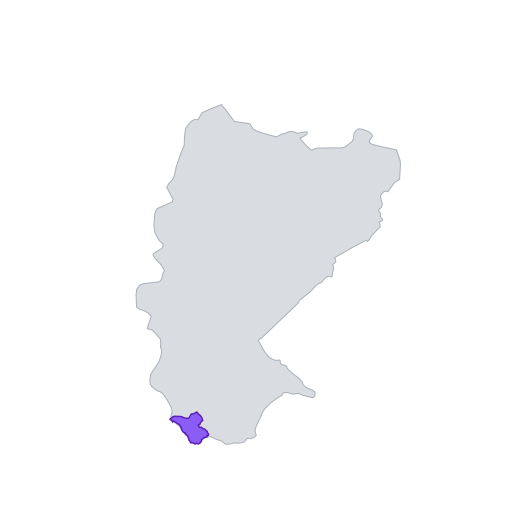 Léraba highlighted on a map of Burkina Faso, rotated 317°
{"feature_id": "BFA-2835", "entity_name": "Léraba", "entity_type": "Province", "adm_level": 1, "iso_a3": "BFA", "parent_name": "Burkina Faso", "parent_adm1": "", "projection": "robinson", "projection_center": [-5.276, 10.67], "detail": "fine", "context": "in_parent", "style": "filled", "palette": "violet", "viewbox_px": 512, "rotation_deg": 317, "n_neighbors": 0, "source": "natural_earth", "source_scale": "10m", "svg_char_len": 4493}
<svg xmlns="http://www.w3.org/2000/svg" viewBox="0 0 512 512"><g transform="rotate(317 256 256)"><path d="M365.5,319.4L354.1,320.0L349.9,321.4L347.4,321.4L347.3,320.2L347.0,319.5L332.6,315.6L322.5,313.3L312.3,310.7L311.7,313.1L310.3,314.7L308.0,314.8L306.5,314.4L305.5,316.3L303.8,318.7L301.4,319.9L299.1,321.4L297.8,322.8L296.9,322.8L294.5,319.7L291.4,319.3L285.6,319.9L283.0,319.0L279.4,318.6L271.0,319.2L257.5,318.0L255.3,318.7L254.7,319.2L241.4,319.4L226.7,319.5L214.4,319.7L203.7,319.8L203.7,319.3L200.2,319.2L199.9,320.2L196.8,332.8L196.5,339.7L198.1,343.9L200.0,346.6L202.0,347.7L202.2,349.3L200.6,351.2L200.7,353.3L202.7,355.3L203.1,357.5L202.2,359.8L202.4,365.3L203.9,374.1L203.9,379.8L202.6,382.4L203.2,386.8L205.9,393.0L206.3,395.7L205.4,396.9L203.2,398.6L201.0,398.5L198.4,394.7L197.2,393.0L195.1,389.2L193.3,385.3L190.9,383.6L188.6,382.0L185.7,377.1L182.9,374.8L180.0,375.5L175.7,374.6L167.0,373.4L157.7,373.7L153.9,374.8L150.1,376.6L140.4,380.5L136.6,382.5L133.7,387.4L130.5,387.3L127.2,385.7L125.1,383.5L120.7,384.0L116.5,381.8L112.3,377.6L109.3,376.2L105.4,373.1L104.4,367.2L101.9,363.1L99.7,357.4L96.3,354.8L92.5,353.4L87.2,353.7L83.7,351.4L80.9,348.1L81.6,345.2L82.9,341.0L83.0,337.1L83.9,330.6L83.3,322.6L82.4,317.0L85.3,314.6L88.7,312.5L90.8,308.7L93.0,300.2L93.9,292.8L93.3,290.0L92.1,287.8L91.2,284.6L90.7,280.8L91.3,277.4L93.9,274.2L97.1,271.6L99.4,270.3L105.5,269.0L113.0,267.1L117.4,264.8L120.6,262.6L122.4,260.9L124.2,257.3L127.1,254.5L129.4,251.6L129.7,243.8L129.6,239.3L128.0,236.9L127.0,234.8L138.2,228.6L138.3,224.3L136.8,219.5L134.6,215.6L133.7,212.2L136.8,208.3L139.6,205.3L141.6,202.8L146.0,199.0L150.6,198.0L154.7,199.4L167.0,208.4L169.1,209.0L171.7,208.3L174.9,205.9L179.1,204.1L180.6,198.0L180.5,189.1L181.4,185.0L183.6,184.3L190.7,186.0L192.5,186.1L194.6,185.5L196.1,184.0L196.0,181.1L195.7,178.6L197.9,170.3L202.1,164.1L210.6,156.3L213.2,154.8L216.3,154.0L231.5,159.3L234.0,158.0L237.6,144.8L241.8,143.5L246.7,143.3L249.9,142.2L251.6,141.2L258.8,136.2L271.5,129.4L278.3,126.5L279.7,125.4L284.5,120.5L291.0,115.0L295.2,113.9L300.9,113.4L304.5,114.4L305.5,115.9L306.7,116.7L314.2,114.4L324.9,118.1L334.2,121.8L333.6,124.2L333.6,128.3L332.8,134.9L331.9,142.7L335.8,147.8L340.4,153.3L341.7,155.4L340.5,160.8L341.3,164.0L343.8,169.2L347.9,175.9L352.2,182.8L355.1,183.7L357.9,184.2L359.6,185.5L362.1,186.6L364.6,187.4L366.8,188.9L368.1,190.4L369.9,194.6L374.7,197.4L378.1,200.2L376.7,201.6L372.6,201.1L368.7,199.8L368.2,201.9L368.0,209.6L368.7,216.1L369.6,217.0L373.6,218.2L383.0,226.6L391.5,234.6L394.4,236.6L399.1,237.4L404.3,237.7L406.6,237.0L411.7,233.0L414.4,232.6L416.9,232.7L418.2,233.3L420.7,236.6L423.0,241.5L423.7,245.2L423.5,247.1L422.7,247.9L418.5,248.8L416.7,249.6L416.3,250.6L417.0,253.1L417.8,254.7L422.4,261.8L429.1,271.4L431.1,273.9L430.0,276.7L426.7,284.2L424.2,287.4L413.2,298.0L407.7,296.7L396.3,298.9L394.6,296.5L392.0,296.1L388.7,296.6L387.5,297.5L387.1,298.5L385.9,300.0L383.9,304.2L382.2,305.3L380.2,305.9L377.7,305.9L376.3,306.4L376.3,308.5L375.8,310.3L374.2,311.2L373.5,313.3L373.6,315.3L372.6,316.2L370.5,315.7L369.2,315.1L368.0,317.7L366.6,319.5L365.5,319.4Z" fill="#d9dde1" stroke="#a8b0b8" stroke-width="1"/><path d="M87.9,354.6L87.0,354.6L86.3,354.4L85.7,354.0L85.2,353.6L85.0,353.3L84.9,352.8L84.7,352.4L84.4,352.2L84.0,352.2L83.7,352.1L83.1,351.9L83.0,351.0L82.5,349.7L81.7,348.6L80.9,348.1L81.2,347.4L81.5,344.8L81.7,344.4L82.8,342.5L83.4,339.9L83.2,339.4L82.9,339.1L82.9,338.3L83.3,337.5L83.7,337.0L83.0,336.7L83.0,336.3L82.7,335.5L82.7,335.0L83.1,332.3L83.4,331.6L83.7,331.2L84.0,331.0L84.3,330.8L84.4,330.3L84.4,329.9L85.0,326.9L84.8,326.3L84.3,325.3L83.5,321.7L82.9,320.3L81.9,320.6L82.1,319.3L81.7,316.7L82.1,316.7L86.0,317.0L87.3,317.8L91.7,322.3L92.2,323.3L92.7,324.6L93.3,325.7L95.1,327.9L95.8,328.7L97.1,328.6L97.9,328.3L100.2,327.6L101.4,327.6L101.9,328.3L103.1,328.9L104.2,329.2L104.9,329.6L105.6,329.4L106.4,330.1L106.3,331.2L106.0,332.3L106.4,333.9L106.4,335.7L106.2,336.7L106.0,337.6L105.3,339.1L104.8,340.0L104.2,339.9L103.5,339.6L102.6,339.9L101.4,340.2L100.0,340.8L99.0,340.6L98.6,340.3L98.1,341.4L97.6,342.5L98.3,343.3L99.2,343.9L99.4,346.0L100.1,346.9L100.4,347.9L100.4,348.7L100.7,350.5L100.6,351.1L100.1,351.9L99.9,352.7L100.0,353.7L98.8,354.7L98.1,354.2L97.4,354.1L97.0,354.8L96.6,354.8L94.5,353.4L93.8,353.6L91.7,353.3L91.0,353.2L90.6,353.5L90.4,353.8L90.1,354.1L89.6,354.3L89.1,354.3L88.9,354.3L88.7,354.1L88.4,354.0L88.1,354.5L87.9,354.6Z" fill="#8b5cf6" stroke="#5b21b6" stroke-width="1.5"/></g></svg>